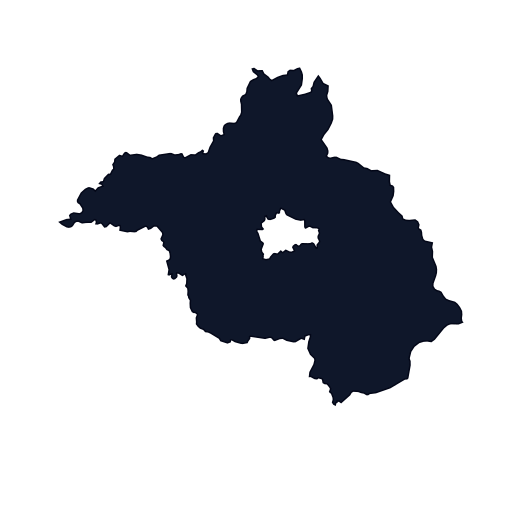 outline of Brandenburg, rotated 337°
{"feature_id": "DEU-3487", "entity_name": "Brandenburg", "entity_type": "State", "adm_level": 1, "iso_a3": "DEU", "parent_name": "Germany", "parent_adm1": "", "projection": "orthographic", "projection_center": [13.043, 52.446], "detail": "fine", "context": "isolated", "style": "filled", "palette": "ink", "viewbox_px": 512, "rotation_deg": 337, "n_neighbors": 0, "source": "natural_earth", "source_scale": "10m", "svg_char_len": 6147}
<svg xmlns="http://www.w3.org/2000/svg" viewBox="0 0 512 512"><g transform="rotate(337 256 256)"><path d="M406.8,230.9L410.4,233.9L407.8,239.7L407.1,243.3L409.0,245.0L409.4,246.6L407.9,250.4L405.7,254.1L400.8,258.7L401.4,264.9L403.9,271.8L406.0,276.3L405.5,279.2L407.7,281.6L411.0,283.3L416.5,285.0L418.1,287.7L418.1,290.9L416.3,293.5L416.3,294.5L417.8,296.6L417.5,298.9L416.5,301.8L416.0,305.9L417.0,308.2L423.4,312.8L421.0,316.4L420.2,320.8L417.7,326.2L417.6,335.9L416.8,339.0L415.4,341.9L413.6,344.3L408.2,350.2L406.9,352.9L407.3,356.3L409.0,358.7L410.7,359.9L412.1,361.7L412.6,365.9L413.7,369.9L416.0,372.4L420.8,376.3L422.2,379.0L423.2,383.0L423.5,387.1L422.4,390.3L420.6,393.4L419.8,396.5L420.1,397.6L415.8,397.5L409.0,394.4L406.9,394.1L404.8,394.2L400.6,395.5L387.7,402.3L383.9,403.2L380.6,401.1L377.0,399.8L372.3,399.3L366.2,400.9L361.1,404.3L357.3,409.4L356.7,410.6L356.6,413.0L355.1,416.7L348.0,427.6L347.0,428.0L344.8,427.3L327.9,429.6L312.9,428.6L307.0,426.9L304.9,427.3L303.7,426.8L302.0,424.4L299.5,422.7L297.3,420.6L292.7,418.3L290.4,418.6L288.0,420.4L277.1,424.1L275.8,422.0L273.8,421.3L273.3,422.3L272.3,422.1L270.7,424.1L269.7,422.8L269.3,420.7L271.0,418.6L271.7,416.6L271.9,412.6L271.7,411.2L271.1,410.7L270.8,409.7L272.9,407.4L272.7,405.3L271.8,402.1L271.5,401.4L269.4,400.2L268.4,398.8L269.1,395.5L268.5,394.4L265.7,392.3L264.2,392.8L263.5,392.5L262.1,391.6L259.4,388.2L258.2,387.8L260.3,384.1L267.0,378.6L269.7,374.9L270.0,373.0L267.8,367.8L267.7,361.3L271.2,355.5L274.5,351.7L275.4,349.7L273.5,348.9L269.7,348.8L267.9,351.5L265.8,349.6L265.1,349.4L258.7,350.2L256.9,349.5L251.4,345.6L248.5,342.1L245.5,341.2L240.2,341.0L239.7,340.6L238.5,337.1L237.0,336.1L232.2,335.3L219.8,327.7L218.6,327.7L217.8,329.5L215.4,330.9L214.0,332.2L209.5,331.2L207.8,330.2L203.3,326.6L201.4,324.0L200.3,323.3L199.6,323.5L198.7,324.9L195.8,324.8L190.5,320.2L190.1,317.4L184.2,309.2L182.4,307.2L180.0,305.8L179.1,303.1L176.5,300.5L175.4,298.2L174.7,295.3L175.6,293.6L176.9,289.7L179.1,287.4L179.4,286.5L178.0,284.1L176.7,283.6L175.7,282.3L175.5,277.9L177.0,273.8L178.4,271.1L177.9,268.2L178.3,266.5L178.1,265.3L179.8,261.9L180.7,259.0L179.7,256.1L181.5,254.3L183.6,249.9L183.8,246.4L184.4,244.9L184.0,244.6L180.7,245.1L178.2,241.5L176.5,240.7L175.9,241.1L175.4,243.4L174.6,244.3L172.3,245.1L171.0,244.8L170.3,243.6L170.1,242.2L171.7,239.9L171.7,239.5L168.6,239.4L168.0,238.9L170.7,234.6L171.9,225.8L174.1,225.8L176.0,225.0L177.1,223.1L178.0,220.1L178.3,217.3L176.6,215.3L176.0,212.9L175.0,211.2L174.7,210.0L176.5,207.5L176.4,206.5L175.4,204.9L175.3,203.2L178.6,200.1L179.1,198.4L179.0,197.3L176.7,190.1L176.2,189.5L173.6,188.4L169.8,189.4L167.5,189.2L167.4,186.9L166.5,185.6L165.8,185.3L156.7,185.9L155.2,186.5L153.6,186.1L149.7,184.0L147.1,183.4L140.9,179.1L142.3,176.7L142.8,174.9L141.7,174.2L138.7,174.0L137.4,172.9L134.6,168.4L129.6,170.4L128.0,170.1L126.8,165.6L125.7,164.7L122.6,164.5L121.3,163.8L122.1,163.0L122.6,161.5L122.6,160.1L121.7,159.4L117.4,160.5L112.8,158.6L108.9,157.5L106.1,154.5L103.9,153.8L101.9,154.2L98.8,156.3L97.0,156.7L95.0,156.3L93.4,155.3L90.0,151.1L88.5,148.1L95.9,148.5L99.9,149.8L100.4,145.9L101.9,145.2L105.0,145.2L110.1,148.3L112.6,148.1L114.6,146.7L115.3,144.2L114.4,139.2L113.2,137.5L113.0,136.3L113.6,134.8L119.8,129.8L125.0,128.0L128.2,127.8L129.3,128.2L132.3,130.8L133.4,133.5L137.4,131.6L142.4,131.9L142.2,129.7L140.3,128.2L142.0,127.3L144.6,128.0L146.8,125.4L152.1,123.2L153.9,124.0L157.5,120.9L159.0,120.6L159.9,118.2L160.0,116.0L162.6,114.3L164.0,111.8L169.6,110.1L172.0,112.1L174.9,110.2L176.1,109.8L177.2,110.3L179.3,114.1L185.9,115.9L189.9,118.4L194.4,122.5L197.0,124.0L198.4,126.0L203.3,126.1L206.2,125.4L216.7,128.1L218.0,128.7L220.6,131.3L224.5,132.5L226.9,132.6L227.7,133.1L227.9,136.8L229.0,138.0L235.6,137.4L239.7,139.4L243.4,138.5L246.0,138.5L247.9,137.8L248.5,138.8L247.0,140.6L247.2,141.2L250.0,142.6L252.4,142.2L256.3,137.9L262.0,133.5L263.0,130.6L266.2,128.0L266.9,127.7L268.3,128.1L270.3,131.3L271.5,131.8L274.2,131.8L274.7,128.7L275.9,125.8L277.5,123.9L279.0,123.2L281.5,122.9L283.5,123.3L287.3,125.3L289.1,125.8L290.7,125.2L295.7,121.1L296.7,120.8L299.0,118.1L302.0,110.6L302.5,107.6L303.2,105.8L304.5,104.6L306.2,103.6L309.6,103.4L311.7,101.4L313.4,98.2L319.1,93.2L322.5,92.7L325.7,92.9L328.5,91.7L328.0,89.7L325.6,85.3L325.7,82.4L327.4,82.6L329.7,86.2L334.1,87.9L334.3,91.4L337.1,96.3L337.6,98.5L339.1,100.7L345.7,100.1L351.3,100.4L355.7,101.7L357.6,98.9L359.9,98.4L363.3,100.1L367.3,99.8L369.5,100.2L369.7,104.4L369.3,107.4L367.9,110.8L364.6,116.3L356.7,121.8L356.7,124.9L364.3,126.3L370.5,126.8L371.8,125.8L372.4,123.5L374.8,122.3L377.4,118.8L383.7,114.7L384.4,117.7L385.1,123.4L388.8,127.6L386.4,132.5L383.8,135.6L383.2,137.5L382.9,139.6L384.2,146.7L381.3,157.0L380.0,159.9L377.2,163.0L371.7,167.6L365.9,170.7L361.4,174.3L363.5,184.4L363.1,187.4L362.2,189.3L359.7,191.6L360.8,193.8L362.5,195.1L366.6,195.8L368.5,196.6L371.7,200.2L374.4,201.6L384.7,208.9L386.2,210.7L389.6,217.1L392.4,218.9L395.3,222.6L401.1,224.7L406.8,230.9ZM312.6,249.6L312.3,249.1L312.5,247.9L314.7,242.6L314.6,241.3L311.1,240.4L307.0,237.6L300.6,230.2L300.2,228.8L300.4,225.0L297.7,221.8L297.2,221.8L295.0,224.0L294.4,225.3L293.7,225.4L291.8,224.2L289.6,226.1L288.8,227.8L287.3,228.2L283.6,227.9L282.1,227.2L281.4,226.4L281.4,224.9L281.0,223.8L281.3,223.0L280.0,222.9L279.4,223.4L278.4,225.8L277.4,226.7L273.5,227.8L272.4,231.4L273.1,233.9L272.2,234.1L267.4,231.9L266.9,232.3L266.2,234.3L266.6,235.8L265.8,243.9L267.4,246.7L267.4,247.6L263.3,251.9L262.8,254.8L263.5,257.2L262.6,258.2L262.4,259.1L261.1,261.2L263.7,263.3L267.4,264.1L268.9,262.8L272.9,260.9L274.1,261.1L276.6,262.8L280.7,261.2L281.7,263.2L282.1,263.4L285.6,262.4L288.5,265.7L290.3,266.5L293.4,266.5L293.5,265.0L293.3,262.4L294.1,261.6L296.5,260.9L297.4,261.3L298.2,262.9L299.0,263.7L300.8,263.8L301.9,262.9L303.2,262.7L308.7,265.2L311.1,266.0L312.7,265.9L313.8,267.2L314.4,272.1L314.5,272.5L315.5,272.5L316.7,269.7L320.2,267.8L320.5,266.0L320.3,263.7L321.0,262.1L323.1,260.2L323.5,259.1L323.6,257.0L324.5,256.2L324.7,255.3L323.2,253.8L319.4,252.1L317.5,249.8L316.3,249.2L312.6,249.6Z" fill="#0f172a" stroke="#020617" stroke-width="1.5"/></g></svg>